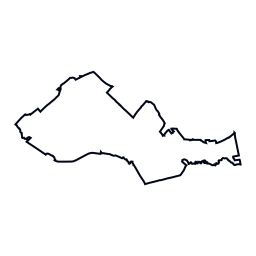 outline of Corlateni, Botosani, Romania
{"feature_id": "2599482B71395956274801", "entity_name": "Corlateni", "entity_type": "district", "adm_level": 2, "iso_a3": "ROU", "parent_name": "Romania", "parent_adm1": "Botosani", "projection": "orthographic", "projection_center": [26.616, 47.942], "detail": "fine", "context": "isolated", "style": "outline", "palette": "ink", "viewbox_px": 256, "rotation_deg": 0, "n_neighbors": 0, "source": "geoboundaries", "source_scale": "gbopen_adm2", "svg_char_len": 5900}
<svg xmlns="http://www.w3.org/2000/svg" viewBox="0 0 256 256"><path d="M181.0,174.4L183.8,170.3L184.7,168.3L185.1,167.2L185.7,166.1L186.4,165.3L182.5,162.1L182.1,161.4L182.5,161.0L182.4,160.1L183.6,159.5L184.5,159.4L185.2,159.6L186.9,160.5L187.6,161.6L187.9,162.1L188.4,162.5L188.5,163.6L188.6,164.0L188.9,164.0L189.3,163.6L190.4,163.1L190.6,162.6L190.8,162.3L191.2,162.4L191.5,162.8L191.6,163.5L191.8,163.7L192.8,163.8L193.6,163.5L194.0,163.4L194.9,163.8L195.4,163.9L196.2,163.1L196.2,162.9L195.4,162.5L195.4,161.9L195.7,161.7L196.1,161.8L196.4,162.2L196.5,162.5L196.9,163.1L197.1,163.3L197.6,163.3L197.6,163.0L197.8,162.6L197.9,162.1L198.1,161.8L198.7,162.2L199.3,162.4L199.5,162.3L199.6,161.9L199.9,161.8L200.1,161.9L200.2,162.0L200.2,162.9L200.3,163.1L200.7,163.3L201.0,163.3L201.3,163.0L201.7,162.3L201.8,161.6L202.0,161.3L202.9,160.9L203.1,161.0L203.2,161.5L203.5,161.5L203.7,161.3L204.0,160.5L204.6,160.4L204.9,160.5L205.6,161.2L205.5,162.2L204.8,162.2L204.2,162.8L204.4,163.1L205.1,163.0L206.1,162.4L207.2,162.2L207.3,162.3L207.3,162.5L206.8,163.1L206.8,163.4L207.1,163.6L208.8,163.5L210.7,164.3L211.6,164.9L212.7,165.3L213.4,165.2L213.8,164.9L214.1,164.5L214.6,164.3L214.8,164.4L214.9,165.2L215.4,165.4L215.6,165.2L215.8,164.5L216.2,163.8L216.3,163.1L216.7,163.1L217.3,163.7L217.8,163.9L218.2,163.8L218.6,163.4L218.9,162.6L218.9,161.4L218.6,161.1L218.5,160.9L218.8,160.4L219.5,160.3L221.0,160.2L221.5,160.1L222.0,158.8L223.0,158.0L224.5,158.4L225.8,158.2L226.7,158.3L226.9,158.7L227.6,159.2L227.9,159.8L228.3,159.9L228.6,160.5L230.0,161.3L230.8,162.3L231.2,162.5L232.0,162.6L232.6,163.3L233.4,163.6L233.5,164.3L234.1,164.9L234.8,165.0L235.7,164.9L236.6,164.4L238.8,164.2L239.7,164.2L240.4,164.5L240.6,164.5L240.6,164.2L240.3,163.4L240.0,161.0L239.7,160.3L239.7,159.9L239.6,159.7L234.7,160.3L234.5,159.8L234.0,158.8L233.6,158.5L233.2,157.7L233.2,156.6L238.9,155.5L238.5,153.8L236.3,142.8L235.1,137.2L235.0,136.1L234.7,134.8L234.9,133.8L234.9,133.0L234.4,132.5L234.4,132.9L233.9,133.5L228.9,137.7L228.5,137.5L224.7,139.7L221.1,141.4L218.2,142.6L216.2,143.1L216.0,141.5L215.6,140.9L215.0,140.4L213.0,140.9L209.4,141.2L209.2,140.0L205.6,140.1L205.5,140.9L205.6,141.3L205.4,141.7L205.7,142.1L205.8,142.7L205.9,142.9L203.5,142.2L202.0,141.0L200.7,140.4L200.6,139.9L193.4,139.9L193.4,139.7L193.2,139.4L192.7,139.2L192.3,139.4L191.7,140.0L190.5,140.2L190.2,140.3L190.1,139.8L184.1,139.3L183.8,138.5L179.2,132.8L177.6,130.6L176.9,129.4L176.9,129.0L176.3,128.7L174.8,128.8L173.2,128.5L171.3,128.7L171.3,128.9L171.9,129.6L173.8,131.5L172.4,132.6L172.6,132.9L171.5,133.5L171.0,133.0L170.6,132.2L170.0,131.6L168.8,129.8L168.7,129.8L166.9,131.2L166.3,132.1L165.5,132.8L165.3,133.4L164.5,134.2L164.3,134.7L164.3,135.1L164.0,135.2L164.2,135.6L163.8,135.6L163.7,135.1L162.8,135.6L162.7,135.2L161.9,134.1L160.6,132.4L159.9,131.7L163.9,126.0L164.0,125.1L164.3,124.5L164.2,124.1L164.3,123.9L164.5,123.3L164.7,123.2L163.1,120.4L161.6,118.4L160.7,117.4L160.1,116.5L159.3,115.0L159.0,114.8L159.1,114.4L159.3,113.9L159.2,113.6L157.6,111.0L156.8,110.4L156.5,110.0L156.4,109.7L155.5,108.1L154.7,106.0L154.3,105.4L154.2,105.0L153.7,104.5L150.7,102.1L150.2,102.1L149.8,101.9L149.5,102.1L148.6,102.2L147.9,101.4L147.5,101.3L147.1,101.6L146.7,101.2L146.2,101.1L145.5,102.1L143.8,104.0L142.7,105.3L141.3,106.6L141.1,107.0L141.1,107.3L139.3,109.3L137.1,111.9L135.6,113.9L133.2,117.7L125.4,110.3L124.3,109.4L121.5,106.6L120.9,106.1L120.7,105.6L119.5,104.8L119.6,104.6L116.7,102.1L116.6,101.9L116.1,101.6L116.0,101.3L115.1,100.4L115.0,100.0L112.9,98.4L106.9,92.6L109.3,89.9L109.8,89.1L110.7,88.3L111.6,87.3L112.6,86.6L111.8,86.1L110.5,86.0L110.0,85.7L106.3,83.7L103.9,81.9L101.8,80.1L100.5,78.7L99.8,77.9L98.0,76.1L95.1,73.3L93.5,71.9L90.5,72.8L86.4,74.5L85.3,74.9L81.6,76.7L81.4,76.1L80.0,76.1L80.4,77.1L80.2,77.4L79.3,78.0L78.4,78.2L77.9,78.6L75.6,79.7L74.6,78.3L74.0,77.9L72.5,77.6L71.5,77.9L70.2,77.9L65.5,82.0L65.1,82.2L64.7,82.5L64.2,83.1L62.7,84.0L61.2,85.1L60.7,85.9L60.6,86.3L60.5,87.5L60.7,88.9L60.5,89.5L59.8,89.0L58.9,88.1L58.5,88.3L57.4,89.5L57.9,89.6L58.7,90.1L59.8,91.4L59.5,92.3L59.2,93.4L58.7,95.0L57.9,96.0L56.5,97.2L54.9,98.9L49.4,103.5L46.8,105.5L44.4,107.7L41.4,110.6L40.4,111.7L37.9,108.7L30.4,114.6L30.0,114.0L29.0,114.5L27.4,114.9L26.5,114.8L26.1,115.0L25.5,114.4L25.2,114.4L23.8,115.6L23.4,116.1L22.3,117.0L21.2,118.0L15.4,124.4L15.7,124.8L16.5,125.1L16.9,125.4L17.1,126.2L17.8,127.2L18.1,127.6L19.1,128.2L19.1,128.4L19.0,128.6L19.1,128.8L19.5,128.9L20.1,129.4L20.3,130.2L20.2,130.5L20.3,131.1L20.3,131.9L20.7,132.5L21.7,132.9L21.8,133.7L21.7,134.4L21.8,135.1L22.1,136.6L22.0,137.3L22.2,137.7L22.6,138.0L24.0,137.8L24.3,138.4L24.6,138.7L24.9,138.7L25.1,138.9L26.2,138.6L26.6,139.2L26.8,139.4L27.3,139.1L27.2,138.8L27.3,138.0L28.3,137.3L29.3,137.1L29.9,137.4L30.7,137.9L26.6,141.8L36.7,148.5L45.7,154.6L46.1,153.9L46.4,153.7L47.5,153.6L48.6,153.8L51.3,155.3L52.8,155.8L52.8,156.2L53.0,156.3L54.1,157.1L54.4,157.8L54.5,158.4L54.7,159.0L55.2,159.6L54.6,160.3L55.6,160.9L56.7,161.3L58.8,161.7L71.0,161.6L72.9,161.4L74.0,161.1L76.1,160.2L86.2,154.8L88.8,153.5L91.5,152.9L93.2,152.9L100.5,153.9L100.9,151.9L101.8,153.0L102.4,153.3L102.9,153.2L103.9,153.2L104.3,153.4L110.4,154.3L111.1,154.9L111.5,155.0L111.9,155.0L113.0,155.6L114.2,155.7L115.0,155.5L115.5,155.5L116.3,155.7L120.5,157.5L121.8,158.2L122.4,158.2L122.7,157.9L122.9,157.5L123.4,157.3L123.5,157.3L123.9,158.0L124.5,158.8L125.3,159.4L125.8,159.6L126.3,159.3L126.7,159.5L127.0,160.2L127.1,160.9L128.3,161.7L128.5,162.2L128.6,163.1L129.1,163.7L129.5,163.8L130.2,163.2L130.7,162.5L130.7,161.8L130.9,161.6L131.3,161.5L132.5,161.7L132.4,162.6L133.4,164.4L133.5,165.2L134.0,165.3L135.7,168.2L136.0,168.5L136.3,169.2L140.2,176.0L143.7,181.3L144.6,183.0L145.0,183.6L145.1,184.1L149.6,182.8L153.0,182.0L158.1,180.7L159.2,180.3L161.2,180.1L168.2,178.2L172.4,177.3L180.1,175.3L180.5,175.0L181.0,174.4Z" fill="none" stroke="#020617" stroke-width="2"/></svg>